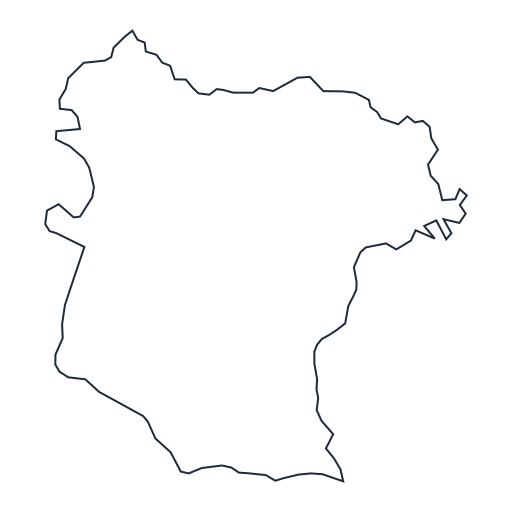 the district of Nova Santa Rita, Rio Grande do Sul, Brazil
{"feature_id": "56859067B48200522919953", "entity_name": "Nova Santa Rita", "entity_type": "district", "adm_level": 2, "iso_a3": "BRA", "parent_name": "Brazil", "parent_adm1": "Rio Grande do Sul", "projection": "mercator", "projection_center": [-51.279, -29.846], "detail": "fine", "context": "isolated", "style": "outline", "palette": "slate", "viewbox_px": 512, "rotation_deg": 0, "n_neighbors": 0, "source": "geoboundaries", "source_scale": "gbopen_adm2", "svg_char_len": 1693}
<svg xmlns="http://www.w3.org/2000/svg" viewBox="0 0 512 512"><path d="M353.2,296.5L356.3,289.7L356.6,282.1L353.9,267.2L360.3,252.5L365.8,247.4L386.0,243.4L396.3,249.4L410.9,240.6L415.6,230.3L434.8,238.6L424.2,226.0L436.3,220.4L446.2,239.4L451.4,233.2L443.5,219.2L459.3,222.9L465.7,213.7L459.8,205.0L466.8,195.5L459.6,189.1L455.4,199.2L442.3,200.2L438.3,184.1L430.7,175.7L428.0,164.6L437.9,149.7L431.3,138.3L429.6,126.7L422.8,120.9L414.9,122.4L407.4,116.4L398.2,124.3L380.9,118.4L377.2,112.1L370.6,107.3L368.9,99.9L355.2,92.8L343.2,91.4L323.3,91.1L309.9,76.9L297.5,77.7L273.1,91.1L259.3,88.0L252.9,92.7L233.4,92.7L223.1,89.9L216.8,89.1L209.3,94.7L198.6,93.4L193.1,88.3L185.9,79.6L174.7,79.3L170.1,65.8L162.2,62.6L156.5,54.8L145.8,51.5L144.7,42.6L137.6,39.8L132.4,30.7L125.2,36.3L113.6,47.7L111.2,57.1L105.0,60.6L83.7,62.8L68.2,78.2L65.8,88.8L59.4,99.7L59.9,108.8L71.7,110.1L77.5,116.9L80.0,129.0L56.3,131.2L55.9,139.4L69.6,146.1L84.0,158.5L89.2,167.6L93.9,186.8L92.3,197.2L85.1,208.6L80.0,216.6L73.7,217.4L58.6,204.2L47.0,210.6L45.2,224.1L49.6,231.1L56.2,233.1L84.4,247.0L73.3,279.8L64.9,305.1L62.1,324.2L62.7,338.1L55.5,354.6L55.3,364.5L59.4,371.6L68.2,377.3L85.3,379.3L99.1,391.9L137.2,412.8L143.1,416.0L147.8,421.6L155.4,438.5L170.5,452.1L180.8,471.6L188.7,473.4L201.8,468.0L222.0,465.5L231.3,467.5L238.9,472.6L249.8,473.4L265.9,475.1L275.3,480.7L283.4,478.2L298.5,474.6L310.8,473.4L322.6,474.2L330.9,477.1L343.2,481.3L340.5,469.4L334.2,458.7L325.9,448.4L333.2,434.2L321.5,420.8L316.7,410.1L318.2,398.1L316.5,389.2L317.1,379.1L314.4,363.7L314.3,351.8L317.1,344.7L321.9,338.9L328.8,335.2L337.3,329.6L345.2,323.3L348.3,306.0L353.2,296.5Z" fill="none" stroke="#1e293b" stroke-width="2"/></svg>